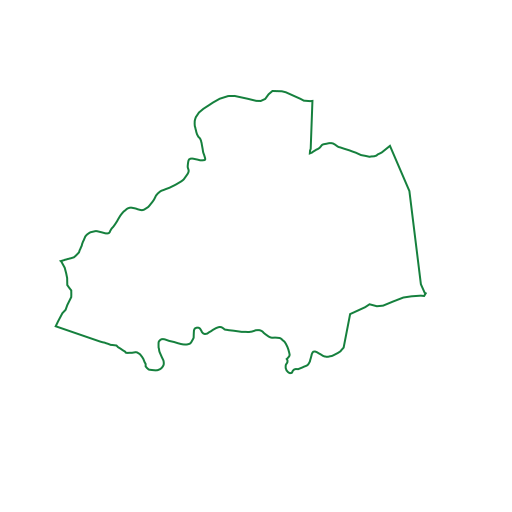 outline of Reunion, Choiseul, Saint Lucia, rotated 211°
{"feature_id": "8701671B26165957358131", "entity_name": "Reunion", "entity_type": "district", "adm_level": 2, "iso_a3": "LCA", "parent_name": "Saint Lucia", "parent_adm1": "Choiseul", "projection": "mercator", "projection_center": [-61.044, 13.779], "detail": "fine", "context": "isolated", "style": "outline", "palette": "green", "viewbox_px": 512, "rotation_deg": 211, "n_neighbors": 0, "source": "geoboundaries", "source_scale": "gbopen_adm2", "svg_char_len": 6160}
<svg xmlns="http://www.w3.org/2000/svg" viewBox="0 0 512 512"><g transform="rotate(211 256 256)"><path d="M379.0,345.3L379.1,344.4L378.9,343.1L378.5,341.5L378.2,340.6L378.0,340.0L377.6,339.4L377.2,338.6L376.6,337.6L375.4,335.9L375.0,335.5L374.0,334.6L373.3,333.8L372.1,332.7L371.1,331.6L369.3,330.0L368.0,329.2L366.8,328.5L365.1,328.1L364.0,327.6L362.4,326.4L361.7,325.6L360.9,324.9L359.9,323.7L356.9,320.3L355.5,318.6L354.5,317.5L353.4,316.6L352.5,315.9L350.3,313.9L349.5,313.0L349.3,312.5L349.4,311.9L349.8,311.5L351.1,310.5L352.5,309.6L353.3,309.2L354.1,309.0L354.7,308.8L355.5,308.6L357.5,307.9L360.4,306.9L361.3,306.4L361.9,306.0L362.4,305.5L362.8,304.8L363.1,304.3L363.0,303.0L362.7,302.1L362.2,300.8L361.1,298.4L360.4,297.1L359.6,296.3L358.3,295.2L357.7,294.5L357.3,293.7L357.1,293.0L357.0,292.4L356.9,291.4L357.0,289.6L357.2,287.0L357.3,285.8L357.4,284.5L357.7,283.5L358.2,282.2L358.6,281.3L361.3,276.3L362.5,274.3L363.1,273.4L364.2,271.7L365.2,270.1L366.0,269.1L367.7,267.0L369.2,265.0L370.4,263.6L371.0,262.7L371.6,261.4L372.1,259.8L372.5,258.7L372.5,257.9L372.8,256.7L372.8,256.0L372.5,252.4L372.5,250.9L372.7,248.6L372.9,247.3L373.3,244.2L373.6,242.6L374.0,241.7L374.4,240.9L375.7,238.3L376.2,237.6L377.4,236.5L378.1,236.2L379.5,235.7L381.6,235.1L382.9,234.9L384.3,234.5L385.4,234.1L385.9,233.9L387.6,233.3L388.6,232.7L388.9,232.5L389.3,232.1L390.2,231.1L390.7,230.3L391.0,229.7L391.3,228.8L391.5,228.1L392.0,226.7L392.2,226.4L392.5,225.1L392.8,223.3L393.0,221.7L393.1,220.4L393.1,218.2L393.1,216.4L393.0,214.4L393.1,211.4L393.2,209.7L393.4,207.5L393.9,205.2L393.9,204.1L393.9,202.6L393.7,201.3L393.7,200.9L393.9,200.0L394.7,199.0L396.2,198.1L397.0,197.8L400.2,196.9L405.0,195.4L405.7,195.1L406.6,194.5L407.2,193.9L410.0,191.2L410.6,190.3L411.1,189.2L411.6,188.1L412.0,187.0L412.4,184.7L412.2,183.9L412.1,182.7L411.8,181.0L411.7,179.3L411.2,176.6L410.9,175.8L410.6,174.5L410.5,173.1L410.3,172.2L410.1,170.0L409.8,168.8L409.6,167.9L409.8,167.0L410.2,165.2L410.7,163.2L411.3,161.4L411.4,161.1L413.1,159.2L413.8,158.4L414.1,158.2L415.3,156.9L415.6,156.7L417.1,155.0L417.5,154.7L417.9,154.3L418.0,154.0L420.7,151.1L419.9,150.9L413.9,147.4L409.7,143.3L406.5,139.8L402.8,133.9L400.1,132.7L396.6,131.3L394.5,127.9L393.2,125.6L392.5,116.8L391.5,111.8L392.5,107.3L392.0,98.1L391.5,92.6L346.4,102.2L345.1,102.5L342.9,103.1L341.1,103.8L340.1,103.9L337.7,104.5L334.7,105.0L333.4,105.7L330.9,106.8L329.5,107.4L327.3,106.8L324.5,106.8L321.6,106.6L318.8,106.6L318.0,106.1L317.4,106.2L316.3,106.7L314.1,108.2L312.5,109.1L309.6,111.6L308.3,112.1L305.9,112.1L304.7,112.0L301.6,110.8L299.5,109.7L296.9,107.7L295.0,106.6L293.7,104.5L292.8,104.2L291.6,103.8L289.8,103.5L289.1,103.5L286.0,104.9L283.5,106.1L283.0,106.4L282.0,107.1L281.5,107.5L281.1,108.0L280.0,109.5L279.3,111.1L279.0,113.1L279.0,113.7L279.1,114.9L279.3,115.6L279.7,116.4L280.0,116.9L281.0,118.2L281.6,118.8L283.1,119.8L284.2,120.5L284.8,120.9L288.6,123.6L289.4,124.2L290.2,125.0L291.0,126.0L291.6,126.7L292.3,127.3L293.0,128.4L293.7,129.5L294.8,131.4L295.1,132.1L295.2,133.0L295.0,133.9L294.8,134.8L294.3,135.7L293.7,136.4L292.6,137.0L291.7,137.4L291.1,137.6L286.7,138.5L281.9,140.1L278.1,141.0L275.0,141.9L272.9,142.7L270.8,143.8L269.6,144.6L268.3,145.9L267.6,146.7L267.3,147.6L267.1,148.5L267.2,152.4L267.3,153.5L267.4,153.9L268.3,155.5L268.8,156.4L270.0,158.6L270.5,159.6L270.9,160.4L271.1,161.8L270.9,162.8L269.7,164.2L268.6,164.8L267.9,165.0L267.2,165.0L266.5,164.9L265.0,164.1L264.2,163.7L263.5,163.1L262.9,162.9L262.1,162.6L261.4,162.5L260.9,162.5L260.5,162.6L259.9,162.7L259.5,162.9L258.7,163.6L257.9,164.3L257.3,165.6L256.8,166.8L256.5,167.2L255.7,168.6L255.0,170.3L253.3,173.3L252.5,174.4L251.6,175.5L251.3,175.8L250.5,176.5L250.0,176.7L249.5,177.0L248.4,177.2L246.3,177.1L245.4,176.9L244.9,176.9L244.3,177.1L242.2,178.0L241.3,178.3L237.0,180.3L235.6,180.9L232.3,182.3L229.4,183.5L228.2,184.2L226.5,185.2L225.5,185.8L223.7,186.7L222.6,187.4L222.2,187.8L220.7,189.0L218.9,191.0L218.5,191.6L217.8,192.4L215.1,194.1L213.7,194.5L212.2,194.6L211.6,194.6L210.5,194.3L209.9,194.1L207.8,193.8L204.1,193.5L203.1,193.5L202.2,193.6L200.8,193.9L199.5,194.6L197.6,195.9L196.2,196.6L193.9,197.7L193.4,197.9L192.7,198.0L191.8,198.0L191.0,197.9L189.8,197.5L189.1,197.5L187.9,197.3L186.9,197.0L184.8,195.9L183.9,195.3L182.2,194.2L180.1,192.5L177.7,190.2L176.4,188.8L176.2,188.3L176.0,187.9L175.9,186.9L176.4,184.0L176.6,183.5L176.2,183.3L175.5,182.9L175.0,182.4L174.6,181.6L174.3,180.8L174.4,178.3L174.1,177.4L173.8,176.8L172.9,175.3L172.3,174.8L171.8,174.4L170.8,173.6L170.0,173.4L169.2,173.1L168.7,173.0L167.8,172.9L167.3,173.0L166.5,173.1L165.4,174.0L165.1,174.5L165.1,175.1L165.3,175.6L165.3,176.5L165.0,178.0L164.6,178.6L164.2,179.1L163.9,179.4L162.4,180.3L161.6,180.7L161.0,181.5L158.8,184.4L157.9,185.8L156.4,187.7L155.8,188.7L155.5,189.6L155.4,190.6L155.4,191.6L155.5,193.4L156.0,194.9L156.5,196.9L157.3,199.6L157.6,200.4L157.7,201.3L157.8,202.4L157.6,203.4L157.0,204.0L156.0,204.6L154.9,204.8L154.5,204.9L153.5,204.9L152.2,204.9L151.4,204.9L150.2,205.0L147.2,204.9L145.5,205.2L144.4,205.7L143.9,205.8L143.0,206.3L141.9,207.1L140.9,208.2L140.1,208.8L139.3,209.6L138.3,211.1L135.9,215.0L134.8,217.2L134.5,218.0L134.4,218.6L134.4,219.0L133.7,222.6L145.4,254.7L136.1,268.3L133.8,273.1L126.5,275.2L121.5,278.9L114.9,287.8L108.3,296.3L102.0,301.5L94.3,306.9L91.3,308.3L91.3,311.4L92.4,311.3L100.1,316.7L158.0,390.7L197.9,419.4L201.5,409.6L202.4,408.1L204.0,405.7L204.5,404.1L206.2,402.2L208.2,400.9L209.8,399.5L211.9,398.8L214.0,398.1L216.1,397.3L218.0,396.6L221.5,396.2L223.5,396.0L227.3,395.2L230.2,394.7L235.9,393.3L239.6,392.5L241.2,392.0L242.6,391.9L243.3,392.0L246.0,392.2L248.0,392.1L249.4,391.6L250.0,391.3L251.4,390.4L252.3,389.6L253.3,388.6L254.6,387.5L255.7,386.5L256.4,385.6L256.7,384.8L257.0,382.4L257.3,381.2L258.3,379.2L259.0,378.4L259.3,377.7L260.9,374.6L261.3,373.5L262.7,371.7L264.0,374.3L264.3,376.0L287.5,418.0L289.2,416.7L295.0,413.8L298.9,413.6L314.8,411.7L318.7,410.5L326.9,405.9L328.5,401.1L329.0,395.4L331.8,391.3L335.7,389.1L344.1,386.5L356.7,382.2L362.2,378.8L368.1,372.1L371.8,365.6L376.9,355.1L378.8,349.6L379.0,345.3Z" fill="none" stroke="#15803d" stroke-width="2"/></g></svg>